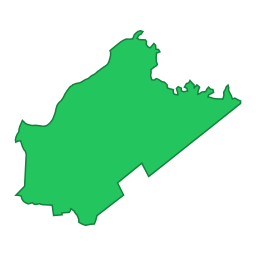 outline of Candelaria, Misiones, Argentina
{"feature_id": "61730980B89234879698161", "entity_name": "Candelaria", "entity_type": "district", "adm_level": 2, "iso_a3": "ARG", "parent_name": "Argentina", "parent_adm1": "Misiones", "projection": "equal_earth", "projection_center": [-55.57, -27.449], "detail": "fine", "context": "isolated", "style": "filled", "palette": "green", "viewbox_px": 256, "rotation_deg": 0, "n_neighbors": 0, "source": "geoboundaries", "source_scale": "gbopen_adm2", "svg_char_len": 3237}
<svg xmlns="http://www.w3.org/2000/svg" viewBox="0 0 256 256"><path d="M237.5,99.6L234.8,98.1L232.4,98.9L231.2,95.5L228.6,90.5L228.7,87.5L228.0,85.1L226.2,86.9L225.2,89.7L223.7,92.2L223.9,95.0L223.1,98.3L223.0,98.9L222.3,98.9L220.4,99.0L216.6,98.8L213.1,98.4L212.8,98.3L210.5,97.4L208.0,97.0L208.7,94.8L209.9,94.3L211.0,93.7L213.6,92.4L212.9,89.5L210.5,89.2L208.6,87.1L207.0,89.0L205.7,91.6L202.0,92.0L199.8,93.4L198.0,94.3L198.0,93.3L198.0,91.1L198.7,89.4L199.6,87.2L196.9,84.9L194.3,87.7L194.0,84.7L191.7,82.6L190.0,80.5L188.8,82.9L186.4,83.6L184.4,87.2L185.7,87.8L186.8,88.2L187.6,90.9L185.9,91.3L183.7,91.8L181.3,90.8L181.3,88.2L178.2,86.7L176.4,88.5L177.1,90.8L177.7,92.6L177.9,94.8L174.3,94.3L174.2,94.2L173.2,92.3L173.3,89.6L169.8,88.8L167.4,87.9L167.1,84.9L164.5,82.2L162.0,81.7L158.6,79.5L156.2,78.6L154.1,80.2L151.7,79.7L151.1,77.4L150.6,75.6L151.0,73.3L151.0,73.0L151.1,72.6L151.0,69.6L154.1,67.1L156.0,66.0L156.3,65.7L157.4,64.5L156.4,61.7L156.2,58.1L156.2,57.4L156.5,53.3L156.5,53.2L159.9,51.8L158.4,49.4L155.9,49.3L155.6,45.2L153.9,43.5L152.1,45.6L150.3,47.8L147.9,46.8L146.6,45.0L146.2,44.5L146.3,44.2L146.5,41.5L145.4,39.9L139.5,39.6L137.1,38.3L137.3,38.1L138.6,35.3L140.6,34.4L141.0,34.2L142.9,31.6L140.5,30.7L138.0,31.5L135.9,33.1L134.2,35.0L133.6,36.6L132.6,38.9L132.4,38.9L128.8,39.2L126.3,39.0L122.8,40.6L120.5,42.1L117.4,44.6L116.6,45.2L113.1,48.1L112.8,48.3L110.0,50.6L110.3,51.3L110.6,52.4L110.6,54.0L110.5,55.6L110.3,56.4L110.2,57.6L109.9,58.4L109.1,61.1L108.5,62.5L107.7,64.0L106.4,65.3L105.0,66.3L103.5,67.2L102.5,68.0L101.4,68.7L100.1,69.8L98.9,70.7L98.2,71.1L97.5,71.6L96.2,72.9L94.5,74.2L91.6,75.7L89.2,77.7L88.3,78.5L87.4,78.9L85.9,79.4L84.1,80.4L80.4,82.6L78.6,83.1L77.0,83.3L75.6,83.7L74.9,84.0L73.8,84.4L72.9,84.7L71.9,85.7L70.9,86.2L70.1,86.9L69.2,87.9L68.3,89.2L67.2,90.5L66.2,92.2L65.2,93.6L64.4,95.3L63.5,97.1L62.8,98.3L62.0,99.4L61.2,100.6L60.1,101.6L58.5,103.2L58.4,103.4L57.7,104.3L57.0,105.6L56.4,107.5L55.8,109.9L55.5,111.7L55.0,113.4L53.4,117.6L52.4,119.8L51.6,120.8L51.0,121.7L49.5,123.4L48.1,124.6L46.3,125.8L44.9,126.0L43.6,126.3L41.8,126.1L39.8,125.8L35.9,125.3L34.2,125.4L32.5,125.5L30.8,125.3L29.1,124.9L27.9,124.5L26.1,123.8L24.9,123.0L24.0,121.9L23.8,121.9L22.7,120.7L22.4,120.4L22.1,121.0L21.8,121.8L21.6,122.3L20.9,124.0L20.4,125.1L19.9,126.2L19.1,129.0L18.9,131.2L18.8,131.9L17.7,133.5L17.2,134.3L16.0,137.0L15.4,139.9L15.8,142.2L18.1,141.0L20.6,140.9L21.5,143.6L22.4,146.4L23.6,149.1L25.3,151.3L26.3,154.5L26.2,155.3L26.1,157.0L24.6,186.2L15.9,195.2L18.7,195.3L20.0,195.7L21.2,196.1L21.9,198.9L23.5,201.3L25.7,202.8L28.1,203.9L30.5,203.3L32.2,202.7L34.4,204.3L36.8,204.3L39.3,203.7L42.1,204.6L52.2,205.2L53.6,215.5L62.1,214.8L61.9,212.9L69.2,212.4L70.3,210.8L70.9,208.7L73.9,210.8L75.4,213.2L77.2,215.3L78.7,219.2L78.9,222.3L81.8,223.9L85.5,225.3L88.0,224.8L90.4,224.3L93.0,224.1L94.3,224.0L95.0,222.3L95.5,221.2L95.6,220.9L96.2,218.5L97.0,215.6L119.9,197.9L120.3,197.6L123.6,195.1L118.5,184.9L117.5,182.9L138.7,165.7L139.8,164.8L141.8,163.2L148.7,176.5L162.5,165.6L192.7,141.5L193.2,141.1L204.4,132.3L236.7,106.5L237.4,105.9L238.0,105.4L238.5,105.1L239.5,104.3L240.5,103.5L240.6,102.2L240.6,101.0L239.0,100.3L237.5,99.6Z" fill="#22c55e" stroke="#15803d" stroke-width="1.5"/></svg>